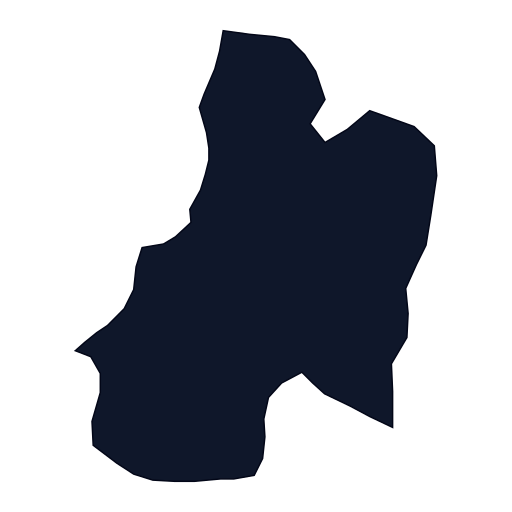 Kiados, Cyprus (Mercator projection)
{"feature_id": "46923920B15009716922247", "entity_name": "Kiados", "entity_type": "district", "adm_level": 2, "iso_a3": "CYP", "parent_name": "Cyprus", "parent_adm1": "", "projection": "mercator", "projection_center": [33.604, 35.258], "detail": "fine", "context": "isolated", "style": "filled", "palette": "ink", "viewbox_px": 512, "rotation_deg": 0, "n_neighbors": 0, "source": "geoboundaries", "source_scale": "gbopen_adm2", "svg_char_len": 931}
<svg xmlns="http://www.w3.org/2000/svg" viewBox="0 0 512 512"><path d="M289.6,39.6L274.5,36.7L249.4,34.3L223.2,30.7L219.6,51.1L214.8,69.1L204.1,94.2L199.3,107.4L206.5,132.6L208.9,148.2L208.9,160.1L205.3,174.5L200.5,190.1L189.8,209.3L191.0,222.4L175.5,236.8L163.5,244.0L142.1,247.6L136.1,266.8L133.7,289.6L124.2,308.7L107.5,325.5L96.7,332.7L84.8,342.3L75.3,350.7L90.8,356.7L100.3,373.4L100.3,392.6L92.0,421.4L93.2,445.3L117.0,463.3L133.7,474.1L152.8,480.1L174.3,481.3L194.6,481.3L220.8,478.9L233.9,478.9L254.2,475.3L262.6,458.5L264.9,436.9L263.8,419.0L268.5,397.4L281.6,383.0L301.9,372.2L312.7,383.0L324.6,393.8L349.6,405.8L369.9,416.6L392.6,427.4L392.6,391.4L391.4,363.8L406.9,337.5L408.1,313.5L405.7,288.4L416.5,264.4L426.0,245.2L430.8,215.3L436.7,175.7L434.3,145.8L414.1,126.6L369.7,110.7L347.3,129.4L325.0,142.5L310.1,123.8L325.0,99.5L315.6,71.4L304.5,54.5L289.6,39.6Z" fill="#0f172a" stroke="#020617" stroke-width="1.5"/></svg>